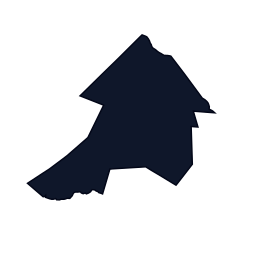 outline of Lagoa do Sítio, Piauí, Brazil, rotated 109°
{"feature_id": "56859067B39211727142740", "entity_name": "Lagoa do Sítio", "entity_type": "district", "adm_level": 2, "iso_a3": "BRA", "parent_name": "Brazil", "parent_adm1": "Piauí", "projection": "robinson", "projection_center": [-41.451, -6.495], "detail": "fine", "context": "isolated", "style": "filled", "palette": "ink", "viewbox_px": 256, "rotation_deg": 109, "n_neighbors": 0, "source": "geoboundaries", "source_scale": "gbopen_adm2", "svg_char_len": 1160}
<svg xmlns="http://www.w3.org/2000/svg" viewBox="0 0 256 256"><g transform="rotate(109 128 128)"><path d="M113.2,183.8L114.3,158.4L150.1,162.8L174.1,176.6L192.3,188.9L197.9,193.3L213.0,205.0L220.6,185.9L220.0,184.5L218.5,183.9L220.4,183.2L220.4,181.4L220.4,179.0L220.2,177.0L219.6,175.3L218.3,173.5L219.1,172.1L218.2,169.3L217.1,168.0L216.3,165.5L215.3,163.9L214.2,162.7L213.5,160.1L210.2,158.7L208.0,158.5L206.8,158.2L205.6,156.8L205.0,154.9L203.8,152.3L204.6,151.0L204.7,149.0L203.4,147.4L203.8,145.9L202.3,144.1L200.5,142.7L198.0,142.0L197.3,139.5L197.9,137.6L197.9,135.8L198.6,134.6L198.5,132.2L198.6,130.6L172.8,131.8L171.7,129.5L158.9,98.6L160.4,92.1L162.0,84.3L166.4,64.0L164.5,63.3L141.3,55.4L106.0,68.8L104.3,62.2L93.6,69.8L90.8,71.7L85.4,51.0L84.4,53.4L84.1,54.8L83.8,57.4L81.3,58.1L79.4,59.5L78.2,60.6L77.2,62.2L76.2,64.6L75.6,67.5L58.7,92.0L46.1,110.9L46.3,112.7L46.7,114.7L47.6,117.4L47.2,119.5L46.8,121.2L46.6,122.9L46.0,125.0L45.0,127.5L44.3,130.5L43.2,132.1L41.7,133.1L40.3,134.8L38.6,136.1L37.1,137.8L35.7,139.9L35.5,141.4L35.4,145.0L37.3,146.0L65.0,159.6L85.2,169.8L113.2,183.8Z" fill="#0f172a" stroke="#020617" stroke-width="1.5"/></g></svg>